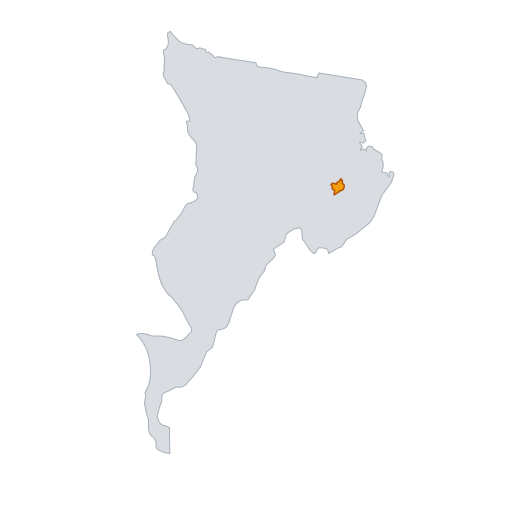 location of Haut-Nkam, Ouest, Cameroon, rotated 189°
{"feature_id": "32672807B36469761565883", "entity_name": "Haut-Nkam", "entity_type": "district", "adm_level": 2, "iso_a3": "CMR", "parent_name": "Cameroon", "parent_adm1": "Ouest", "projection": "robinson", "projection_center": [10.205, 5.159], "detail": "fine", "context": "in_parent", "style": "filled", "palette": "amber", "viewbox_px": 512, "rotation_deg": 189, "n_neighbors": 0, "source": "geoboundaries", "source_scale": "gbopen_adm2", "svg_char_len": 4372}
<svg xmlns="http://www.w3.org/2000/svg" viewBox="0 0 512 512"><g transform="rotate(189 256 256)"><path d="M133.2,351.9L134.2,349.1L141.2,335.7L145.5,314.4L147.5,309.4L149.5,306.0L159.6,294.7L163.4,291.1L168.9,286.9L172.8,278.6L174.1,277.7L175.8,277.0L184.5,269.9L185.3,271.3L185.8,273.0L186.5,273.8L189.3,274.3L193.2,274.3L195.4,273.8L196.6,272.3L197.8,268.4L198.5,267.7L199.4,267.5L203.6,270.2L210.6,278.0L212.4,279.3L213.1,280.9L214.7,287.9L215.5,289.6L217.0,290.4L219.7,289.9L222.5,288.7L225.0,286.8L227.5,284.5L229.1,282.4L229.9,280.9L230.2,275.1L230.8,273.9L239.8,265.5L239.6,264.8L238.1,262.4L236.8,259.8L238.1,257.2L239.5,255.1L244.8,248.2L245.1,243.2L249.3,235.3L251.7,224.9L251.8,222.9L257.2,211.4L263.0,210.4L265.2,208.8L267.8,206.0L269.4,203.3L270.2,200.8L270.8,195.9L271.8,190.4L272.4,185.5L274.1,181.1L277.0,178.8L282.0,176.9L282.8,176.0L283.5,173.1L284.2,163.1L285.0,158.8L289.7,153.8L291.7,146.1L293.5,137.9L298.8,128.1L304.9,118.4L307.8,115.7L310.2,114.5L312.9,114.4L314.8,113.7L321.5,108.8L324.3,107.2L326.3,105.5L326.8,104.0L327.0,101.9L326.3,96.8L327.4,93.1L328.1,87.4L328.4,82.9L328.1,81.4L326.9,78.8L324.9,76.0L321.5,74.3L317.0,73.9L314.5,72.9L313.6,67.8L313.3,64.5L310.2,47.5L316.0,47.5L322.9,49.5L324.7,51.1L325.6,56.9L328.1,60.2L332.6,62.9L335.3,68.6L336.5,77.1L338.9,82.2L339.5,83.0L343.0,92.6L343.2,97.0L342.9,100.0L344.3,103.7L342.2,110.0L341.6,113.9L341.4,119.3L342.7,128.9L344.8,136.4L347.1,142.4L349.5,147.0L353.5,152.1L357.8,156.8L361.7,159.8L358.1,161.5L351.0,161.7L346.9,160.8L344.9,160.7L343.0,161.3L335.4,162.2L327.7,161.8L320.6,160.6L316.3,160.8L313.0,163.7L310.3,168.0L307.8,171.4L308.7,175.1L310.6,177.2L314.3,181.8L317.6,186.2L319.3,189.2L325.8,195.7L332.2,201.6L335.2,203.6L336.3,204.0L339.8,207.4L344.6,212.8L349.0,221.4L355.2,238.6L356.5,240.1L358.6,241.0L358.9,242.8L358.7,245.5L358.1,247.7L353.1,256.7L348.9,260.2L347.6,262.3L346.0,267.5L342.1,277.7L340.4,279.1L336.6,286.1L333.4,294.8L332.6,296.1L331.4,297.2L326.8,299.4L325.3,300.5L323.0,303.2L322.7,305.0L323.8,307.5L325.1,309.4L327.4,309.5L328.7,311.3L328.8,324.8L327.7,326.9L327.7,327.8L327.2,330.1L327.0,332.7L327.4,333.7L328.3,334.6L329.6,336.4L330.2,340.6L331.8,355.2L332.5,357.5L333.8,359.1L337.8,362.3L341.9,366.4L343.3,369.1L344.0,373.5L345.6,377.0L345.6,378.2L344.9,378.6L342.3,378.9L343.2,381.5L345.4,385.9L356.0,399.4L366.3,411.5L368.7,412.3L370.5,412.6L371.2,413.3L372.2,415.1L375.6,419.5L376.2,422.0L375.5,424.4L376.3,428.2L376.8,429.5L376.6,430.8L377.0,435.4L378.0,439.4L379.5,442.8L379.3,445.2L377.3,446.5L376.2,448.8L375.8,451.9L376.4,455.7L378.0,460.1L378.0,462.8L375.5,464.5L372.8,461.5L369.8,459.4L365.3,455.8L360.7,454.5L354.8,454.3L352.2,454.7L347.9,451.8L346.5,451.4L344.5,452.6L343.2,452.7L341.5,452.2L338.1,452.2L337.8,450.1L337.3,449.7L333.6,449.9L332.5,448.2L332.0,448.4L330.6,447.9L327.7,445.4L324.6,447.0L318.3,446.8L286.2,446.8L285.4,444.5L283.8,443.3L280.9,443.2L272.4,443.7L265.9,443.3L261.5,442.4L256.1,441.9L249.4,442.3L242.5,442.3L230.2,441.6L223.4,441.7L223.5,443.1L223.1,444.1L222.7,446.6L179.2,446.5L175.6,444.9L174.6,443.8L174.2,441.8L173.4,441.5L174.1,433.0L175.6,425.8L176.1,419.2L178.2,413.2L177.1,407.3L175.8,404.8L169.3,396.4L172.3,393.3L168.3,393.7L167.4,390.6L165.5,386.9L166.7,386.3L167.8,384.3L171.4,384.9L171.3,383.9L168.2,380.8L168.5,379.2L169.8,377.5L169.2,376.7L166.9,378.5L165.3,378.5L164.1,377.3L163.2,377.1L163.7,379.5L162.5,381.6L161.3,382.4L159.3,382.2L157.6,381.7L157.2,380.5L155.6,379.6L151.2,378.0L147.6,376.2L146.8,371.1L145.4,368.9L144.8,366.4L144.4,363.6L144.9,359.3L144.0,358.6L142.9,358.3L141.4,358.6L139.9,358.3L138.2,355.9L136.6,355.0L137.6,359.4L136.5,360.6L133.8,360.3L132.7,358.6L132.5,357.4L133.7,352.0L133.2,351.9Z" fill="#d9dde1" stroke="#a8b0b8" stroke-width="1"/><path d="M182.4,343.8L183.1,343.9L183.7,345.4L184.5,345.3L184.7,344.7L185.6,342.7L187.4,341.5L187.5,340.1L187.9,339.5L188.7,339.6L189.7,340.1L190.5,339.8L192.1,339.7L193.0,338.1L192.6,338.1L192.1,337.7L191.7,336.8L191.4,335.1L191.1,334.5L191.0,334.3L190.8,333.9L190.4,333.6L189.5,333.5L188.9,333.4L188.6,332.8L188.5,331.6L188.5,328.9L188.2,329.0L187.4,329.3L186.6,330.2L186.2,330.6L185.8,330.8L185.1,331.5L184.7,331.9L183.9,332.6L183.8,333.4L182.4,333.7L182.1,334.0L180.1,335.5L180.1,336.1L180.0,336.9L179.6,338.1L180.3,340.4L182.2,341.2L182.2,342.6L182.3,343.0L182.4,343.8Z" fill="#f59e0b" stroke="#b45309" stroke-width="1.5"/></g></svg>